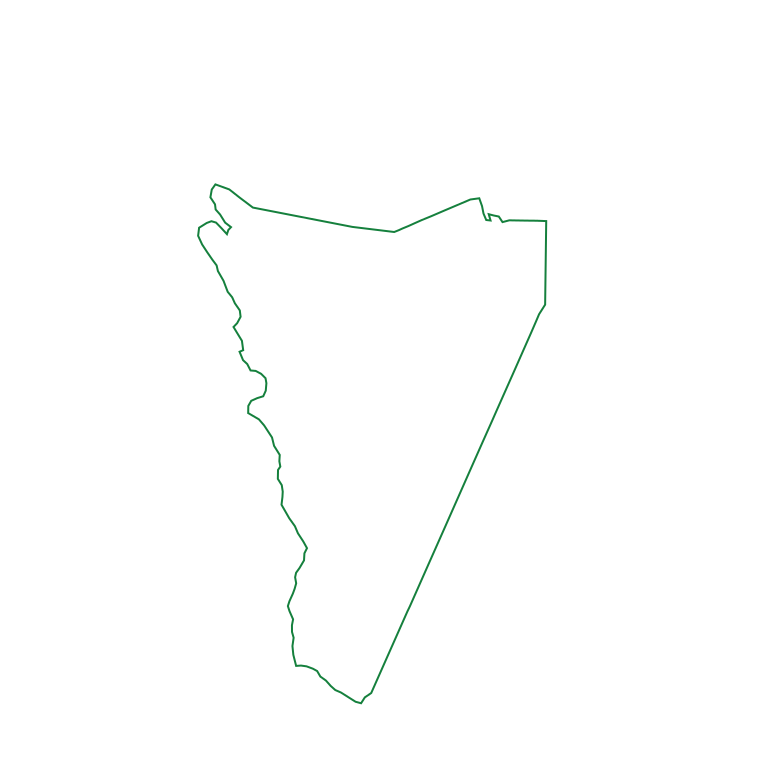 Palmeirândia, Maranhão, Brazil (Equal Earth projection), rotated 328°
{"feature_id": "56859067B11830676899698", "entity_name": "Palmeirândia", "entity_type": "district", "adm_level": 2, "iso_a3": "BRA", "parent_name": "Brazil", "parent_adm1": "Maranhão", "projection": "equal_earth", "projection_center": [-45.055, -2.689], "detail": "fine", "context": "isolated", "style": "outline", "palette": "green", "viewbox_px": 768, "rotation_deg": 328, "n_neighbors": 0, "source": "geoboundaries", "source_scale": "gbopen_adm2", "svg_char_len": 1822}
<svg xmlns="http://www.w3.org/2000/svg" viewBox="0 0 768 768"><g transform="rotate(328 384 384)"><path d="M607.9,331.8L600.1,326.5L591.5,321.0L583.0,315.5L577.0,311.6L570.3,309.5L570.1,302.8L566.4,299.3L562.8,295.5L561.0,301.8L557.6,299.1L558.7,292.2L561.4,285.1L563.2,277.0L555.0,273.3L526.5,268.8L512.8,266.7L503.0,265.0L495.2,263.9L488.5,263.0L482.0,261.9L478.1,261.4L473.2,260.5L440.4,234.0L366.3,164.9L360.4,149.5L355.9,137.0L346.8,125.4L341.0,127.8L335.7,133.7L335.9,142.1L333.7,146.8L334.8,153.4L334.8,163.0L337.4,169.9L333.6,170.9L330.2,173.7L328.8,166.1L327.1,158.1L323.9,154.5L319.0,153.5L310.0,153.5L304.9,159.8L303.7,169.3L303.9,178.6L304.3,187.5L304.9,194.7L303.0,200.2L302.6,211.4L301.5,216.9L300.3,223.0L301.2,230.0L300.3,236.5L300.7,245.2L298.0,251.0L291.7,254.6L286.6,255.9L286.5,262.5L286.4,272.1L282.5,280.7L278.6,280.1L277.1,289.1L278.6,294.6L278.0,301.8L282.1,304.9L285.2,310.3L286.6,316.3L284.7,321.0L280.2,327.0L275.1,330.4L269.0,328.8L262.5,327.9L257.3,330.7L253.4,336.7L259.2,347.7L260.4,355.6L260.7,370.0L258.0,378.2L258.0,388.9L254.3,394.1L252.3,399.1L248.6,400.7L243.7,408.2L243.7,415.6L241.1,421.6L238.0,426.0L233.1,432.1L232.5,447.7L233.1,457.4L231.9,465.0L232.1,474.7L231.7,482.4L226.8,485.4L222.7,491.2L214.8,495.3L209.4,497.5L206.2,500.8L203.9,506.5L199.6,510.4L195.6,513.5L188.7,518.1L184.8,521.4L183.5,526.5L182.2,535.4L178.1,539.8L174.6,545.5L172.9,551.3L167.5,557.7L163.6,565.6L160.1,576.5L164.4,578.8L168.7,582.4L172.8,587.7L175.2,592.0L175.0,598.4L177.6,604.7L178.8,611.8L180.5,617.7L184.0,622.8L191.5,638.4L195.4,642.6L201.7,639.6L209.4,639.3L283.3,589.3L288.2,586.2L323.9,562.0L360.0,537.6L417.5,498.6L438.2,484.6L455.9,472.7L465.3,466.3L502.9,440.9L521.3,428.4L536.2,418.3L546.5,411.2L552.5,407.0L562.7,402.1L607.9,331.8Z" fill="none" stroke="#15803d" stroke-width="2"/></g></svg>